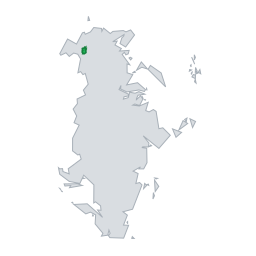 Russia, with Penza highlighted, rotated 92°
{"feature_id": "RUS-2373", "entity_name": "Penza", "entity_type": "Region", "adm_level": 1, "iso_a3": "RUS", "parent_name": "Russia", "parent_adm1": "", "projection": "mercator", "projection_center": [44.677, 53.167], "detail": "fine", "context": "in_parent", "style": "filled", "palette": "green", "viewbox_px": 256, "rotation_deg": 92, "n_neighbors": 0, "source": "natural_earth", "source_scale": "10m", "svg_char_len": 4912}
<svg xmlns="http://www.w3.org/2000/svg" viewBox="0 0 256 256"><g transform="rotate(92 128 128)"><path d="M176.6,194.6L170.1,196.1L171.2,194.8L170.9,192.0L173.8,191.5L175.9,185.2L170.8,186.3L160.7,173.7L155.9,175.4L156.7,177.2L152.8,182.6L140.1,183.0L126.8,176.9L124.6,182.1L117.8,179.7L111.0,183.5L105.4,179.4L100.8,179.9L96.4,171.6L91.7,173.9L85.6,169.3L75.0,172.6L76.2,174.9L73.3,177.3L74.6,180.0L60.6,177.8L56.0,180.8L55.0,184.9L58.5,189.2L55.0,192.6L57.6,197.7L56.1,198.8L41.2,191.5L45.9,182.4L34.5,176.9L33.8,174.9L35.8,174.0L33.3,168.9L28.8,165.7L29.4,158.0L32.3,157.5L29.0,155.9L34.2,149.0L32.0,146.5L30.8,136.1L32.0,133.4L29.9,128.8L34.8,124.7L47.1,133.2L43.9,138.9L38.2,137.3L36.1,135.4L34.7,135.2L42.3,146.3L41.5,141.9L45.5,143.9L48.8,137.4L51.4,139.2L50.4,129.6L53.9,130.4L55.0,132.7L52.5,134.3L54.7,136.4L64.8,128.4L64.0,131.2L72.9,130.8L74.5,125.1L85.0,130.9L82.4,120.0L89.1,111.8L90.9,112.9L89.6,118.4L92.0,130.4L89.2,136.8L85.7,136.5L89.9,138.3L94.1,128.9L95.9,128.5L96.9,133.0L99.3,133.6L97.6,128.8L92.2,127.6L93.0,122.1L91.3,118.4L93.6,112.3L94.9,119.2L98.5,120.6L99.4,120.6L95.3,116.4L98.7,114.2L105.1,117.2L103.8,122.0L105.0,124.1L105.6,117.4L101.6,108.7L110.0,110.9L111.2,107.5L108.7,103.3L110.4,100.5L127.6,97.1L126.6,93.2L133.8,85.5L147.3,96.4L135.3,112.5L142.4,106.5L146.2,107.0L146.3,112.2L146.6,113.0L147.1,113.1L147.6,108.6L162.0,107.8L168.3,110.9L168.5,115.6L166.4,114.2L170.9,121.4L173.2,116.3L183.2,118.2L182.1,114.5L184.4,112.0L209.0,120.6L211.9,130.1L215.1,125.6L225.2,129.1L225.2,124.0L238.2,128.5L238.2,142.3L236.2,143.8L233.9,142.2L230.7,143.5L235.8,144.5L237.0,150.8L234.1,149.4L225.0,157.5L215.9,157.3L213.4,162.6L215.3,167.2L206.3,179.4L205.2,166.1L218.2,150.3L211.0,155.6L211.2,152.1L206.7,152.7L202.9,157.9L204.1,159.6L186.0,160.1L176.7,170.6L185.1,174.2L183.4,184.9L176.6,194.6ZM85.6,91.8L68.7,110.0L64.7,107.8L71.8,96.8L85.6,91.8ZM187.0,171.7L189.7,184.4L187.5,183.2L188.2,189.0L186.1,189.9L185.5,176.6L187.0,171.7ZM61.5,117.0L68.4,110.5L66.8,116.3L70.0,121.5L61.5,117.0ZM179.1,99.7L185.3,95.2L190.6,98.6L179.1,99.7ZM121.4,68.5L128.2,77.1L118.7,73.2L121.4,68.5ZM119.1,60.7L125.3,63.5L116.6,66.4L119.1,60.7ZM130.5,74.3L135.6,79.7L127.3,83.5L130.5,74.3ZM191.7,100.4L194.8,99.2L198.1,100.6L191.7,100.4ZM17.8,171.5L21.8,170.1L22.1,171.8L17.8,171.5ZM58.3,65.1L61.9,63.6L54.9,66.9L58.3,65.1ZM184.7,107.3L188.1,110.3L182.8,109.4L184.7,107.3ZM59.9,127.7L58.0,129.4L57.2,128.2L58.1,126.4L59.9,127.7ZM65.1,62.6L68.4,61.0L70.1,62.7L65.1,62.6ZM76.3,62.4L74.7,65.9L72.3,64.6L72.9,62.4L76.3,62.4ZM79.5,63.1L76.8,62.5L80.8,61.5L79.5,63.1ZM72.0,122.6L72.9,125.6L71.2,123.4L72.0,122.6ZM119.8,70.0L117.5,71.7L116.0,69.4L119.8,70.0ZM67.1,58.2L71.3,57.2L69.8,59.7L67.1,58.2ZM238.2,120.4L236.4,119.9L238.2,118.0L238.2,120.4ZM55.1,63.1L57.7,64.1L52.5,64.3L55.1,63.1ZM89.3,110.6L86.9,111.0L89.3,110.4L89.3,110.6ZM144.9,103.8L145.8,106.1L144.1,104.8L144.9,103.8ZM223.7,125.0L222.2,125.8L221.5,125.1L223.7,125.0ZM71.1,66.7L69.2,65.5L72.3,66.5L71.1,66.7ZM70.6,59.9L71.8,62.4L69.5,60.8L70.6,59.9ZM194.1,191.0L193.8,191.8L192.7,192.9L194.1,191.0ZM67.8,66.5L69.1,68.7L67.4,68.4L67.8,66.5ZM98.5,113.8L96.9,114.7L96.5,114.6L98.5,113.8ZM217.1,160.4L215.9,160.1L217.0,159.5L217.1,160.4ZM184.6,105.3L183.8,107.0L183.4,105.7L184.6,105.3ZM179.9,169.8L180.1,171.0L179.5,170.7L179.9,169.8ZM205.4,179.9L204.4,181.5L204.1,181.0L205.4,179.9ZM64.8,67.1L63.2,67.8L62.6,67.2L64.8,67.1ZM99.6,111.0L99.2,112.6L98.9,112.1L99.6,111.0ZM178.0,98.2L177.0,99.4L177.3,96.8L178.0,98.2ZM190.8,193.9L192.3,192.8L190.7,194.2L190.8,193.9Z" fill="#d9dde1" stroke="#a8b0b8" stroke-width="1"/><path d="M48.7,173.7L48.7,173.4L48.7,173.2L48.8,173.1L48.7,173.0L48.8,173.0L49.0,173.0L49.3,173.2L49.2,173.1L49.3,173.0L49.5,173.0L49.8,173.1L50.0,173.0L50.0,172.9L50.1,173.0L50.1,172.8L50.1,172.7L50.3,172.6L50.5,172.6L51.0,172.7L51.1,172.8L51.1,173.0L51.3,173.2L51.5,173.2L51.7,173.3L51.8,173.3L51.8,173.2L51.9,173.3L52.0,173.3L52.3,173.3L52.3,173.2L52.2,173.2L52.1,172.9L52.3,172.8L52.4,172.7L52.5,172.7L52.8,172.7L53.1,172.8L53.3,172.8L53.6,172.8L53.7,172.7L53.8,172.6L54.0,172.6L54.3,172.8L54.3,173.0L54.5,173.2L54.6,173.3L54.7,173.5L54.8,173.8L55.0,173.8L55.1,174.0L55.3,174.1L55.3,174.3L55.2,174.4L55.2,174.5L55.3,174.5L55.3,174.9L55.3,175.0L55.4,175.3L55.4,175.5L55.2,175.5L55.2,175.8L55.0,175.7L54.9,175.7L54.6,175.6L54.4,175.7L54.4,175.8L54.2,175.8L54.1,176.0L54.0,176.3L53.8,176.2L53.7,176.1L53.4,176.1L53.3,176.3L53.2,176.2L53.1,176.3L52.9,176.2L52.8,176.3L52.7,176.5L52.7,176.4L52.5,176.2L52.4,176.2L52.2,176.1L52.1,175.9L52.0,176.0L51.9,176.2L51.9,176.3L51.8,176.5L51.6,176.4L51.4,176.4L51.2,176.3L51.0,176.2L50.9,176.2L50.7,176.2L50.6,176.3L50.4,176.3L50.4,176.2L50.2,176.1L50.0,176.3L49.9,176.1L50.0,176.0L50.0,175.9L50.2,175.7L50.1,175.3L49.9,175.2L49.7,174.9L49.5,174.7L49.4,174.7L49.3,174.4L49.1,174.1L48.9,174.1L49.0,173.9L48.9,173.8L48.8,173.7L48.7,173.7Z" fill="#22c55e" stroke="#15803d" stroke-width="1.5"/></g></svg>